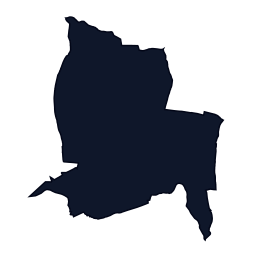 the district of Traian, Bacau, Romania, rotated 3°
{"feature_id": "2599482B58001489717641", "entity_name": "Traian", "entity_type": "district", "adm_level": 2, "iso_a3": "ROU", "parent_name": "Romania", "parent_adm1": "Bacau", "projection": "equal_earth", "projection_center": [27.033, 46.645], "detail": "fine", "context": "isolated", "style": "filled", "palette": "ink", "viewbox_px": 256, "rotation_deg": 3, "n_neighbors": 0, "source": "geoboundaries", "source_scale": "gbopen_adm2", "svg_char_len": 5770}
<svg xmlns="http://www.w3.org/2000/svg" viewBox="0 0 256 256"><g transform="rotate(3 128 128)"><path d="M210.9,235.8L211.1,234.6L212.8,232.9L215.2,230.4L215.7,229.7L215.8,229.1L215.7,228.4L215.4,227.9L214.5,227.1L214.2,226.8L214.2,226.4L214.3,225.5L214.3,224.5L214.3,223.8L214.5,223.3L215.0,222.3L215.4,220.6L215.8,219.4L216.4,217.9L216.7,216.7L216.8,215.1L216.8,213.7L216.3,210.6L215.6,208.3L214.8,207.0L214.1,206.2L214.9,205.9L213.3,204.2L212.1,199.7L210.7,193.7L209.9,188.5L208.8,186.2L212.9,184.8L213.6,184.7L214.8,184.8L217.0,185.0L219.0,185.0L218.9,184.5L218.5,179.5L218.4,179.4L218.3,178.2L217.9,176.6L217.7,172.7L217.5,171.1L216.8,168.3L216.6,165.9L216.6,163.1L216.5,162.3L216.7,161.5L216.6,159.4L216.8,157.9L216.7,157.5L216.8,156.5L216.6,156.2L216.9,148.7L217.0,146.8L216.9,145.4L216.8,144.5L216.6,143.4L216.8,142.2L217.0,142.2L217.0,141.3L217.0,140.4L217.0,139.3L216.3,139.3L216.3,138.7L216.4,138.2L216.5,136.9L216.9,136.1L217.1,134.8L217.5,133.6L217.7,132.5L218.0,131.7L218.4,131.8L218.6,130.8L218.6,130.1L218.4,127.5L218.4,126.7L218.9,123.1L219.4,120.7L220.1,119.1L220.7,118.0L221.7,116.7L222.7,115.2L222.2,115.0L221.7,114.6L220.9,114.3L220.3,114.0L218.8,112.4L218.3,112.3L218.0,112.1L217.7,111.6L217.1,111.2L216.4,110.8L215.5,110.4L215.0,110.3L214.8,110.5L214.5,110.4L214.2,110.2L214.1,109.9L203.4,107.8L203.2,109.4L202.8,111.3L196.4,110.0L190.6,109.4L189.4,109.5L180.8,108.6L178.4,108.6L173.7,108.4L167.2,107.9L163.7,107.6L163.8,106.5L164.1,104.7L165.8,97.4L166.0,95.8L166.3,94.7L166.5,93.5L167.4,90.8L167.8,88.6L168.4,87.1L168.5,86.2L169.1,84.8L169.4,83.4L169.6,81.2L169.8,77.9L169.0,76.0L168.6,75.5L168.6,75.0L168.0,73.4L167.8,72.9L166.7,71.3L166.3,70.4L165.2,66.9L164.6,65.4L164.3,64.2L164.2,63.6L164.2,62.8L163.8,60.6L163.6,59.8L163.4,59.4L162.3,58.2L162.0,57.8L161.9,57.6L162.0,55.6L161.9,55.1L161.9,54.5L161.9,54.0L160.9,52.0L159.7,50.0L159.1,48.2L159.0,47.7L159.2,47.2L158.8,47.5L157.0,47.9L156.2,47.9L153.1,47.6L148.7,47.4L147.5,47.5L146.5,47.8L145.4,47.9L144.7,48.0L143.1,48.8L141.0,49.5L140.4,49.8L139.5,50.0L138.0,50.1L135.1,49.7L133.7,45.7L133.4,45.3L127.0,45.5L117.3,46.0L115.9,39.7L112.7,38.1L109.0,36.4L107.5,33.5L107.0,33.0L106.2,32.8L105.9,32.8L105.5,33.0L101.9,33.3L98.9,32.9L96.5,33.0L94.4,32.4L92.8,31.7L91.9,30.6L91.3,30.5L90.4,29.5L88.7,29.0L87.8,28.7L87.1,28.7L83.0,27.5L80.5,25.5L78.4,23.9L76.3,23.9L73.7,25.0L73.2,25.1L71.5,23.9L70.6,22.9L69.9,22.5L68.9,21.5L68.1,20.9L66.3,20.3L64.9,20.2L63.8,20.3L61.8,21.2L60.4,21.4L60.9,21.8L60.2,22.4L61.1,24.0L63.2,25.8L63.8,26.2L64.3,26.8L64.4,27.4L64.4,28.9L64.2,32.0L64.0,33.4L63.9,35.8L63.7,39.3L63.7,39.9L63.9,40.4L65.0,42.9L65.3,43.5L65.6,44.2L65.8,45.5L66.0,46.3L66.1,47.2L66.1,48.3L66.4,49.7L66.6,52.6L66.6,53.1L66.5,53.8L66.1,55.0L65.7,55.6L64.9,57.2L64.9,57.9L64.1,58.7L63.4,59.1L63.1,59.2L62.8,59.4L61.2,62.3L59.8,65.8L59.2,67.8L58.8,69.0L58.4,70.5L58.0,71.5L57.7,72.4L57.7,72.9L57.7,73.2L57.4,73.6L57.1,74.2L56.7,75.6L56.0,77.3L55.2,78.8L54.1,85.0L53.4,89.2L53.2,91.4L53.0,92.4L53.1,93.1L52.9,94.2L52.8,98.0L52.7,100.5L52.7,102.3L53.0,105.5L53.7,111.2L53.8,112.9L54.2,116.0L54.7,118.1L55.3,120.3L56.0,122.3L56.6,123.6L57.0,125.9L57.6,127.8L58.1,130.4L58.7,132.7L59.0,133.6L59.5,134.7L60.3,136.1L61.3,138.3L61.8,139.9L62.2,141.7L63.2,144.6L63.4,145.7L63.8,147.0L63.8,147.6L63.9,149.0L63.8,149.6L63.3,150.2L63.5,150.9L63.8,153.5L63.9,156.1L64.1,156.4L64.5,160.0L64.9,163.1L65.4,164.9L66.0,165.1L75.1,165.3L80.3,165.6L80.3,165.9L80.1,167.3L79.2,171.3L78.2,170.4L77.2,170.8L76.0,171.7L71.3,174.4L68.6,175.8L64.2,176.0L64.0,176.4L65.1,178.5L58.9,182.5L57.2,183.6L54.6,182.0L53.1,181.2L53.7,182.9L54.1,183.6L54.3,184.2L54.5,185.0L54.5,185.4L54.3,185.6L53.8,185.9L48.4,186.1L33.3,201.5L39.1,200.5L40.4,199.9L44.7,197.6L47.5,195.0L49.2,193.9L50.8,193.6L53.8,194.0L56.1,195.1L59.0,196.2L61.0,196.6L64.0,197.2L65.3,197.5L66.9,198.1L68.7,198.9L70.8,200.1L71.6,200.7L72.1,201.8L72.6,204.0L72.7,204.8L72.6,205.6L72.5,206.9L72.2,208.2L73.5,210.0L73.7,210.7L74.3,212.0L74.5,213.1L74.4,214.6L75.8,214.9L74.9,217.3L75.1,217.5L77.0,217.6L77.5,217.7L77.7,217.9L77.9,218.1L78.3,219.4L87.9,214.3L88.4,214.5L89.0,215.1L89.3,215.7L89.6,216.0L90.1,216.3L91.4,216.7L91.5,216.8L91.5,217.3L91.6,217.6L92.0,217.7L92.4,217.6L92.8,217.4L93.6,217.3L94.1,217.4L94.5,217.7L94.5,217.9L94.3,218.3L94.4,218.5L94.8,218.3L95.3,218.4L96.0,218.8L96.6,219.0L97.3,219.1L98.1,219.4L98.8,219.9L99.2,219.9L99.6,219.8L100.2,220.0L100.9,219.9L101.5,219.9L102.3,220.3L102.9,220.4L103.7,220.2L105.1,219.7L105.9,219.6L106.2,219.4L106.4,219.2L106.9,219.3L107.4,219.2L107.8,219.0L108.4,218.9L108.8,218.7L109.5,218.2L109.8,218.0L110.3,218.0L111.9,217.5L113.6,216.7L114.3,216.5L115.5,215.8L116.9,214.9L118.1,214.2L119.7,213.5L120.6,213.3L121.6,213.1L122.9,213.1L123.4,213.2L125.4,212.8L126.5,212.2L132.1,210.0L141.0,206.7L145.3,204.9L150.4,202.6L152.0,201.8L151.9,201.6L151.9,200.6L151.4,200.1L151.1,199.6L151.1,199.4L153.3,198.9L153.5,198.8L153.6,198.1L154.0,196.1L154.1,195.6L154.5,194.9L154.6,194.4L154.6,193.9L154.8,193.6L158.5,193.5L159.4,193.4L159.9,193.2L160.7,192.8L162.3,191.8L162.6,191.7L164.7,191.4L165.1,191.3L165.6,190.9L166.5,190.7L167.2,190.7L169.3,190.9L171.8,190.7L172.4,191.1L172.6,191.1L174.0,190.6L174.5,190.5L176.2,188.5L177.0,187.3L178.8,182.6L179.3,181.8L180.2,181.0L181.1,180.6L182.2,180.5L183.6,180.7L184.7,181.0L185.5,181.4L186.3,182.2L187.6,184.0L188.4,186.0L188.9,186.8L189.8,188.0L190.3,189.3L190.7,191.5L190.6,193.8L190.8,195.0L191.0,196.1L191.2,197.6L191.2,198.9L190.6,201.2L190.4,202.4L190.4,202.9L193.6,206.7L195.0,209.3L195.8,210.4L199.3,214.6L202.1,216.5L203.1,217.7L204.1,220.0L204.7,221.2L204.6,222.7L204.8,224.0L205.1,224.5L205.4,224.9L206.5,226.8L208.4,229.8L209.3,230.9L209.7,232.3L209.8,234.1L209.9,234.6L210.3,235.3L210.9,235.8Z" fill="#0f172a" stroke="#020617" stroke-width="1.5"/></g></svg>